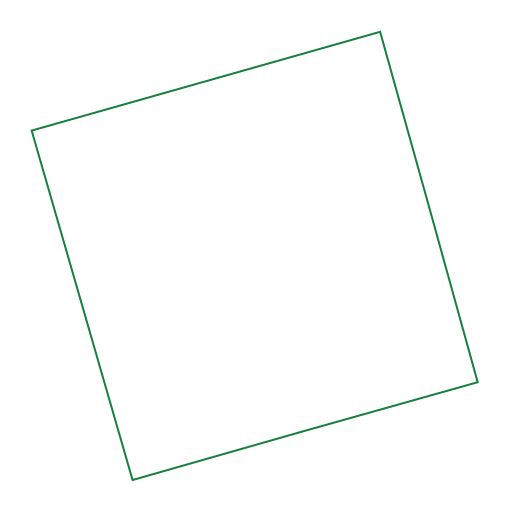 the district of Jones, Iowa, United States of America, rotated 164°
{"feature_id": "52423323B96588069122317", "entity_name": "Jones", "entity_type": "district", "adm_level": 2, "iso_a3": "USA", "parent_name": "United States of America", "parent_adm1": "Iowa", "projection": "albers", "projection_center": [-91.16, 42.121], "detail": "fine", "context": "isolated", "style": "outline", "palette": "green", "viewbox_px": 512, "rotation_deg": 164, "n_neighbors": 0, "source": "geoboundaries", "source_scale": "gbopen_adm2", "svg_char_len": 254}
<svg xmlns="http://www.w3.org/2000/svg" viewBox="0 0 512 512"><g transform="rotate(164 256 256)"><path d="M77.7,73.6L76.1,255.5L74.9,437.3L437.1,438.4L436.9,347.4L436.4,74.7L257.5,74.5L77.7,73.6Z" fill="none" stroke="#15803d" stroke-width="2"/></g></svg>